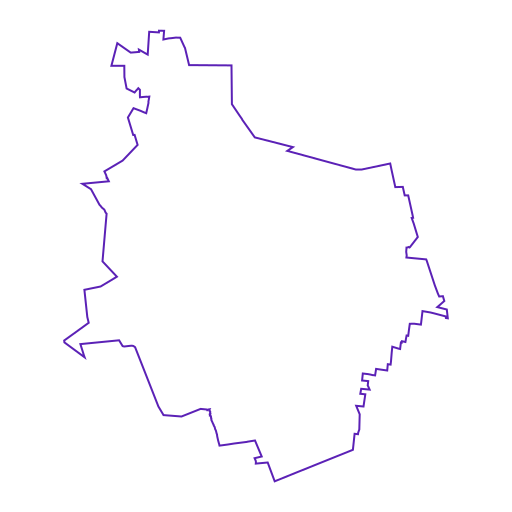 the district of Ocampo, Tamaulipas, Mexico
{"feature_id": "50627088B71121677277682", "entity_name": "Ocampo", "entity_type": "district", "adm_level": 2, "iso_a3": "MEX", "parent_name": "Mexico", "parent_adm1": "Tamaulipas", "projection": "albers", "projection_center": [-99.342, 22.844], "detail": "fine", "context": "isolated", "style": "outline", "palette": "violet", "viewbox_px": 512, "rotation_deg": 0, "n_neighbors": 0, "source": "geoboundaries", "source_scale": "gbopen_adm2", "svg_char_len": 3287}
<svg xmlns="http://www.w3.org/2000/svg" viewBox="0 0 512 512"><path d="M274.7,481.3L296.7,472.4L352.9,449.8L354.6,433.8L358.0,434.2L358.2,432.6L359.3,429.5L359.7,414.3L356.2,405.8L363.5,406.5L365.3,394.3L360.3,393.8L361.2,388.8L369.6,389.6L368.3,386.6L367.7,385.4L367.8,384.8L368.2,381.1L362.1,380.5L362.8,373.5L366.1,373.9L368.0,374.1L370.6,374.6L372.6,375.1L373.1,375.1L375.1,375.4L376.1,368.9L380.2,369.5L387.2,370.5L387.8,364.2L390.6,364.6L391.0,361.3L391.6,353.8L391.8,351.6L392.3,346.7L398.4,348.6L400.1,349.0L400.9,342.5L401.7,342.7L402.0,341.2L405.4,342.0L405.7,340.5L406.0,338.5L406.6,335.5L408.2,335.8L409.0,329.5L409.8,323.8L414.0,323.7L420.9,324.6L421.2,322.3L422.5,311.1L430.6,312.5L434.2,313.4L441.8,315.4L445.7,316.4L445.9,318.0L447.8,318.3L446.8,309.5L437.3,307.1L444.3,301.0L442.9,296.2L439.2,296.5L437.9,293.6L434.8,285.3L426.7,260.6L426.2,259.4L409.3,257.8L406.4,257.5L406.7,255.3L406.2,251.9L406.5,247.8L406.5,247.6L407.0,247.6L408.7,247.0L409.4,247.5L409.8,247.3L417.8,237.0L413.7,223.5L411.7,218.0L413.1,217.8L412.5,214.8L408.2,195.4L404.7,195.4L402.8,186.9L395.3,187.1L391.6,170.2L390.2,163.5L361.8,169.5L358.0,169.5L355.7,169.5L287.3,150.9L292.9,147.1L254.8,137.4L242.3,119.8L241.9,118.9L241.8,118.7L241.7,118.6L239.8,115.9L231.9,104.2L231.5,65.4L189.1,65.1L185.0,48.0L184.4,46.9L180.2,37.7L175.8,37.6L171.0,38.2L168.6,38.4L163.4,39.5L164.1,30.8L159.0,30.7L158.9,32.4L149.2,31.8L147.7,54.6L138.9,49.6L139.2,51.9L133.4,52.4L130.7,52.6L117.3,43.2L111.4,65.8L124.3,65.8L124.4,75.9L124.4,77.0L126.6,88.5L127.6,89.0L134.6,92.5L135.4,91.5L136.4,90.3L137.1,89.6L138.3,88.2L138.5,88.4L139.6,89.5L139.9,89.8L139.9,90.5L139.9,93.3L139.9,94.3L139.9,95.9L140.0,97.3L141.9,97.1L144.0,96.9L146.7,96.7L147.1,96.8L147.6,96.8L149.3,96.6L148.4,101.8L148.5,102.8L147.3,108.4L146.2,113.2L143.9,112.3L143.2,112.0L141.4,111.2L140.5,110.8L133.5,108.2L127.9,117.5L133.2,135.0L134.6,134.9L137.6,144.9L122.6,160.6L104.4,171.4L106.2,175.3L106.5,176.9L106.7,178.1L107.2,177.9L108.8,181.3L82.4,183.8L91.0,189.2L99.5,204.8L100.4,205.7L101.9,207.6L104.3,209.6L105.2,211.6L105.6,212.6L106.6,213.7L102.5,261.4L116.9,276.7L100.6,286.5L84.4,289.8L87.3,317.0L88.7,322.8L67.0,338.5L64.2,340.5L64.4,342.4L84.6,357.3L83.9,355.3L80.4,344.1L119.1,340.3L122.6,346.1L124.2,346.5L130.3,345.8L131.9,345.7L133.4,346.0L135.1,347.2L158.4,406.5L163.0,414.2L163.1,414.4L163.5,415.1L181.5,416.5L187.3,414.2L200.6,408.9L206.7,409.5L207.2,410.2L208.3,409.5L209.5,409.3L209.4,409.5L209.6,410.0L209.7,410.3L209.5,410.5L209.5,411.0L209.9,411.4L210.0,411.5L210.3,411.9L210.3,412.0L210.2,412.2L210.1,412.4L210.1,412.7L210.2,413.0L210.2,413.3L210.3,413.5L210.1,413.6L209.8,413.9L209.8,414.1L209.7,414.3L209.9,414.7L209.9,415.0L210.2,414.8L210.3,415.1L210.4,415.3L210.5,415.5L210.7,415.9L210.9,416.9L211.0,416.9L211.1,417.6L211.3,418.5L211.2,418.7L211.4,418.9L211.4,420.1L212.3,422.0L213.1,423.9L213.6,424.6L213.7,425.4L214.3,426.5L214.7,427.1L215.1,429.0L215.9,430.6L216.7,433.8L217.0,434.3L217.1,435.6L217.3,436.8L217.8,439.0L218.1,440.4L218.6,442.2L218.9,443.3L219.2,444.2L219.3,444.8L219.5,445.6L221.2,445.4L227.9,444.5L234.2,443.5L246.9,441.9L247.5,441.7L255.0,440.5L261.7,456.5L254.6,458.2L255.8,461.0L255.9,462.5L255.8,463.6L267.7,462.5L272.6,475.7L274.7,481.3Z" fill="none" stroke="#5b21b6" stroke-width="2"/></svg>